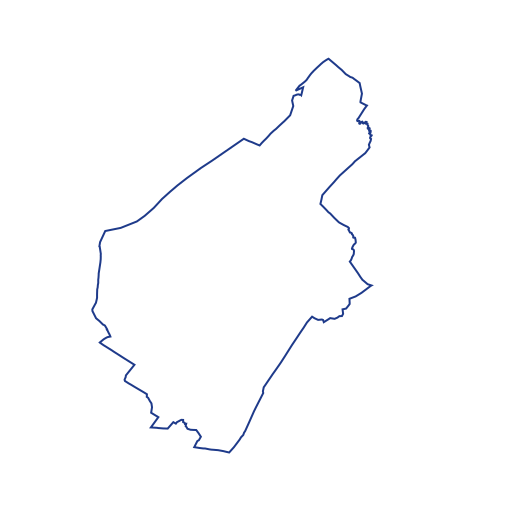 Staburaga pag., Jaunjelgavas, Latvia, rotated 316°
{"feature_id": "27541924B51848948627496", "entity_name": "Staburaga pag.", "entity_type": "district", "adm_level": 2, "iso_a3": "LVA", "parent_name": "Latvia", "parent_adm1": "Jaunjelgavas", "projection": "natural_earth1", "projection_center": [25.538, 56.541], "detail": "fine", "context": "isolated", "style": "outline", "palette": "blue", "viewbox_px": 512, "rotation_deg": 316, "n_neighbors": 0, "source": "geoboundaries", "source_scale": "gbopen_adm2", "svg_char_len": 5931}
<svg xmlns="http://www.w3.org/2000/svg" viewBox="0 0 512 512"><g transform="rotate(316 256 256)"><path d="M318.6,357.4L316.7,353.8L316.5,351.7L316.2,348.5L316.0,347.0L316.0,346.9L316.1,346.6L316.5,343.7L317.4,339.2L317.7,337.3L319.6,325.2L321.2,325.0L322.0,324.7L322.8,324.4L324.5,323.5L325.4,323.3L326.6,323.0L326.9,322.8L327.7,322.5L329.5,320.9L330.0,320.5L330.2,320.1L330.5,319.6L330.4,318.4L330.1,317.8L330.0,317.7L330.2,317.3L330.4,317.2L331.2,316.8L331.9,316.5L333.8,315.9L334.4,315.8L335.2,315.8L335.8,315.9L336.7,315.8L337.3,315.5L337.9,314.7L338.8,313.6L339.2,312.9L339.8,311.9L339.9,311.6L339.8,311.4L339.4,311.0L339.0,310.7L338.8,310.4L339.0,309.9L339.5,309.6L340.0,308.9L340.2,308.3L340.2,307.9L340.2,307.6L340.1,307.3L340.1,307.1L340.2,306.8L340.4,306.7L340.6,306.5L340.7,306.2L340.7,305.8L340.6,305.5L340.3,304.9L339.9,304.4L339.9,304.2L340.2,303.5L340.4,302.7L340.8,301.2L341.8,301.0L341.9,300.8L342.2,300.3L342.1,300.2L342.2,299.2L342.2,298.9L340.6,294.6L339.1,289.7L339.0,288.8L338.8,282.9L338.9,277.0L338.5,274.8L338.6,272.0L338.6,267.4L338.5,263.3L342.7,260.6L342.8,260.5L345.7,258.5L346.0,258.3L357.0,257.4L363.7,257.0L366.7,256.7L372.3,256.3L384.1,256.7L388.9,256.9L390.6,256.8L393.0,256.6L406.1,257.9L408.8,257.5L413.1,256.8L414.5,254.4L416.6,253.5L418.3,252.9L419.5,252.1L420.1,251.7L420.1,251.4L420.0,251.0L419.9,250.7L420.0,250.4L420.3,250.2L420.6,249.9L421.2,249.8L421.9,249.7L422.5,249.7L422.8,249.7L423.0,249.6L422.8,249.2L422.6,248.8L422.4,248.4L422.4,248.1L422.8,247.8L423.1,247.5L423.2,247.2L422.8,246.7L422.5,246.5L422.5,246.4L423.0,246.2L423.4,246.3L423.9,246.5L424.1,246.6L424.3,246.6L424.5,246.5L424.7,246.3L425.1,246.0L425.3,245.8L425.5,245.6L425.5,245.4L425.3,245.2L425.0,245.1L424.6,245.0L424.3,244.8L424.3,244.5L424.9,243.9L425.4,243.6L426.1,243.4L426.4,243.2L426.5,242.9L426.4,242.7L426.2,242.6L425.6,242.6L425.3,242.6L425.1,242.6L424.9,242.0L425.0,241.8L425.5,241.3L426.6,240.8L427.0,240.6L427.2,240.2L427.2,239.4L427.4,239.0L427.4,238.9L427.6,238.7L428.0,238.5L428.2,238.2L428.1,237.8L428.0,237.6L427.7,237.5L427.4,237.5L427.0,237.3L426.9,237.1L426.9,236.9L427.1,236.6L427.5,236.5L427.8,236.4L428.5,236.2L428.2,235.7L427.7,235.6L426.5,235.5L425.9,235.5L425.4,235.4L425.2,235.2L425.1,234.8L425.3,234.4L425.5,234.1L425.7,233.9L425.8,233.5L425.8,233.2L425.3,233.0L424.9,232.9L424.2,233.0L423.7,233.1L423.0,233.2L422.6,233.1L422.4,232.9L422.3,232.6L422.3,232.4L422.6,232.0L423.0,231.8L423.7,231.6L424.1,231.2L424.2,230.6L423.8,230.2L423.2,229.7L422.7,229.4L422.8,229.0L423.0,228.6L423.8,228.2L424.4,228.0L425.7,228.0L426.4,227.8L435.9,225.5L438.4,225.1L440.3,224.8L440.0,224.2L437.9,218.1L438.5,217.4L445.0,212.8L449.2,205.9L450.7,203.6L449.9,198.6L449.5,196.4L449.5,195.9L449.2,194.6L448.1,192.6L448.0,191.8L446.9,187.5L446.9,181.7L446.4,177.3L446.2,174.3L445.2,164.5L444.6,164.3L444.0,164.1L443.4,164.0L442.8,163.9L442.2,163.7L441.5,163.6L440.9,163.5L440.3,163.4L439.7,163.3L439.1,163.2L438.2,163.1L437.2,163.1L436.5,163.0L435.2,163.0L434.5,163.0L430.6,162.9L426.3,162.9L425.6,162.9L424.9,163.0L424.3,163.0L423.6,163.0L422.9,163.1L422.3,163.1L421.7,163.2L421.0,163.3L420.3,163.4L418.2,163.8L416.9,164.0L416.2,164.2L415.6,164.3L415.0,164.4L414.7,164.5L412.4,164.5L408.1,164.1L406.3,163.9L405.8,163.7L399.3,164.6L407.1,167.4L401.8,170.8L400.2,171.8L400.2,171.2L399.7,170.7L399.3,170.3L399.3,169.9L399.1,169.6L398.9,169.3L398.5,169.0L398.0,168.6L397.3,168.2L395.9,167.7L394.3,166.9L390.0,169.2L389.0,170.8L387.0,174.0L378.3,178.5L369.9,178.7L367.9,178.6L363.3,178.5L358.8,178.5L355.7,178.2L351.4,178.1L348.5,178.4L344.9,178.6L341.5,178.6L338.6,178.7L335.4,179.0L334.2,176.3L332.2,171.4L330.7,168.4L328.7,163.2L290.1,156.8L277.4,154.4L260.7,152.0L248.7,150.7L239.0,150.1L228.0,149.7L215.9,150.4L203.8,149.8L194.3,148.4L178.2,141.8L164.9,133.3L153.5,137.7L150.0,140.3L150.0,140.9L149.7,141.2L148.1,143.5L145.9,146.6L144.6,147.8L144.2,148.3L142.1,150.4L139.5,152.6L134.0,156.8L130.7,159.3L129.6,160.4L127.5,162.3L126.0,163.5L123.8,165.8L122.1,167.0L120.3,168.6L118.6,169.7L115.0,173.2L112.7,175.6L111.1,176.7L108.3,178.5L107.2,178.8L101.2,180.7L100.1,182.0L97.7,189.7L98.2,194.0L98.3,199.1L98.6,199.7L99.0,201.1L98.0,205.3L97.6,205.3L97.4,206.3L97.3,206.9L97.1,207.4L96.8,208.3L96.6,208.9L96.3,210.1L95.9,211.3L95.4,212.6L95.3,212.8L94.7,212.4L94.1,212.0L92.8,211.2L91.6,210.8L90.0,210.4L88.5,210.1L86.1,209.9L83.5,209.7L83.5,209.8L84.4,214.3L86.8,223.9L87.2,225.9L90.3,238.9L93.0,249.8L79.5,251.5L78.7,252.1L78.3,252.5L78.1,252.6L77.8,252.7L76.9,253.1L76.4,253.3L75.9,253.5L75.6,253.7L75.4,253.8L75.3,254.0L75.2,254.5L74.9,254.9L74.9,255.0L75.3,256.5L75.9,259.1L76.7,261.8L77.8,266.0L79.1,270.7L80.6,276.1L81.2,278.4L81.5,279.7L79.6,281.4L79.9,283.1L78.9,286.6L78.4,289.4L76.1,292.6L71.7,295.9L72.0,297.2L73.8,304.1L61.3,306.3L65.5,310.9L66.2,311.9L66.6,312.3L69.3,315.4L72.6,318.8L81.1,318.1L81.9,320.9L83.7,320.6L85.7,321.2L87.2,321.6L88.5,322.0L89.7,323.3L88.2,324.9L88.8,326.4L88.2,327.4L89.2,328.2L87.2,329.5L87.2,330.5L87.2,330.8L86.7,332.7L88.2,335.5L90.6,338.1L91.8,339.3L92.1,339.6L92.1,339.8L91.6,343.6L90.8,347.7L89.8,348.0L87.0,348.8L86.7,348.8L85.5,348.4L85.2,348.4L78.8,350.6L82.1,355.0L84.3,357.7L85.6,359.0L88.3,362.9L89.4,364.3L91.1,366.2L93.9,369.4L97.0,373.7L98.7,376.4L100.2,378.7L107.2,378.2L116.7,376.7L119.3,376.0L122.5,375.9L124.7,374.8L126.6,374.4L135.9,370.7L146.7,366.3L151.2,364.7L160.5,361.5L166.0,359.6L167.0,358.1L170.4,355.8L172.5,355.4L176.8,354.5L184.5,352.9L185.3,352.7L190.7,351.7L197.9,350.3L200.3,349.8L206.7,348.3L210.8,347.3L220.2,345.0L228.1,343.3L233.5,342.1L236.3,341.5L240.3,340.7L246.5,339.2L254.2,338.6L254.9,341.5L256.3,345.1L259.3,347.5L259.8,348.7L258.8,350.7L264.5,351.9L266.2,352.2L268.9,355.8L271.8,356.9L274.2,357.2L276.1,358.9L278.5,358.1L279.7,356.5L281.2,354.5L284.3,356.4L288.2,355.9L290.0,355.6L290.7,354.9L293.5,351.7L299.6,354.3L305.0,355.5L306.4,355.8L317.8,357.2L318.6,357.4Z" fill="none" stroke="#1e3a8a" stroke-width="2"/></g></svg>